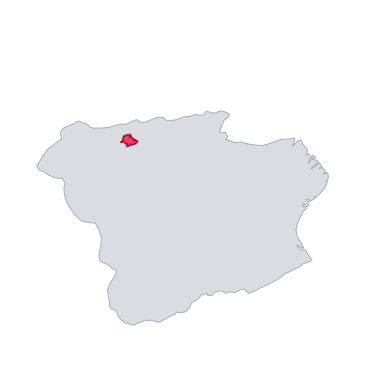 Gombi, Adamawa, Nigeria shown in context, rotated 241°
{"feature_id": "59680162B13073760931893", "entity_name": "Gombi", "entity_type": "district", "adm_level": 2, "iso_a3": "NGA", "parent_name": "Nigeria", "parent_adm1": "Adamawa", "projection": "equal_earth", "projection_center": [12.487, 10.209], "detail": "fine", "context": "in_parent", "style": "filled", "palette": "rose", "viewbox_px": 384, "rotation_deg": 241, "n_neighbors": 0, "source": "geoboundaries", "source_scale": "gbopen_adm2", "svg_char_len": 5422}
<svg xmlns="http://www.w3.org/2000/svg" viewBox="0 0 384 384"><g transform="rotate(241 192 192)"><path d="M290.0,68.7L299.0,85.3L300.9,97.6L301.7,103.7L303.2,104.4L306.0,104.7L308.0,105.9L309.2,108.0L310.0,109.8L310.1,111.0L309.6,118.4L308.9,121.0L309.3,124.7L309.2,126.2L308.9,127.3L307.6,128.5L305.9,129.7L301.8,133.2L300.7,133.8L299.0,133.9L297.5,134.7L295.7,136.6L291.9,143.7L288.7,150.9L286.3,162.4L283.5,166.0L283.0,169.2L282.5,176.4L282.1,178.5L281.6,179.2L278.5,180.6L276.8,182.2L275.7,185.5L274.3,196.6L273.8,198.4L272.8,200.3L271.3,202.4L269.9,203.6L266.4,204.3L263.0,212.7L262.9,214.1L261.5,221.7L258.9,227.5L258.7,231.2L255.4,236.2L253.7,239.6L255.5,243.2L255.6,243.8L250.0,249.9L249.7,250.8L249.5,255.0L249.0,256.1L248.0,257.6L246.5,259.3L244.9,260.7L243.2,261.6L241.5,261.9L240.6,261.4L240.1,260.1L239.2,255.0L238.7,253.9L237.6,252.9L233.3,247.2L230.7,245.2L230.2,245.4L229.7,245.9L229.0,248.8L228.3,249.8L226.9,250.2L224.5,250.2L222.8,249.8L222.4,249.2L221.5,247.0L216.2,252.1L214.3,253.3L211.9,259.4L208.6,262.4L206.2,265.1L200.0,273.4L198.7,275.8L197.5,279.5L194.8,295.1L190.5,304.8L189.9,306.9L189.7,306.8L189.1,307.7L187.4,307.1L186.7,305.3L185.7,305.0L183.9,302.4L183.5,302.8L185.4,309.6L184.7,312.2L179.4,312.3L174.9,313.1L171.8,313.1L170.2,312.1L169.5,309.6L169.3,309.8L169.1,311.2L168.1,312.3L164.6,312.5L163.1,310.7L161.9,308.8L160.5,308.0L160.7,308.8L162.3,310.6L162.1,313.4L159.2,316.5L157.5,316.7L156.4,315.3L155.8,313.1L155.5,309.8L154.8,307.7L154.4,307.7L154.9,311.3L154.9,314.6L156.2,317.1L154.1,317.9L151.7,318.0L151.4,317.1L151.1,314.9L150.6,314.4L150.1,318.0L145.1,319.0L144.3,318.8L144.2,318.2L144.6,317.2L144.5,315.6L143.4,316.8L143.2,319.3L142.5,319.7L140.6,319.3L138.5,318.1L135.1,314.9L130.9,309.8L130.3,307.5L129.1,304.7L126.9,296.9L127.3,296.5L128.3,297.0L128.8,296.2L127.0,295.7L126.7,295.1L126.6,293.4L126.6,291.3L129.3,290.2L129.9,289.0L130.3,287.7L127.0,289.6L124.0,287.4L123.3,286.1L123.6,285.1L127.2,285.0L128.4,284.0L127.7,283.6L126.3,283.7L125.8,283.0L125.9,281.4L125.4,281.8L124.9,283.2L122.8,284.2L121.6,283.2L121.5,280.9L121.2,279.8L120.2,279.0L116.7,272.9L112.2,267.8L108.2,264.3L102.1,262.6L89.4,262.7L88.7,262.2L89.5,261.4L90.6,260.9L94.7,258.0L94.0,257.6L89.8,259.4L88.3,259.6L86.4,263.0L74.0,263.7L74.0,262.2L74.6,257.7L75.4,254.6L74.6,250.8L74.4,247.4L74.9,246.4L75.1,245.1L75.0,236.3L75.7,235.1L75.7,234.2L74.5,230.4L74.5,227.6L74.3,224.8L73.9,223.6L74.5,212.9L74.3,210.3L74.7,208.4L75.0,203.8L75.0,199.3L75.9,192.3L81.2,191.3L82.6,188.5L83.3,185.0L83.1,181.5L84.9,178.5L87.0,175.8L87.0,172.8L87.6,171.9L88.6,171.2L90.0,170.9L91.6,169.4L92.5,166.8L93.4,162.7L92.1,159.8L92.1,159.2L92.6,157.6L93.5,156.1L94.1,155.6L95.7,156.0L96.2,155.3L97.2,150.8L97.2,149.6L95.8,146.5L95.0,138.3L94.6,137.2L93.5,135.7L90.6,129.9L90.7,127.1L92.0,123.6L92.8,121.9L94.0,120.9L94.2,120.1L93.9,119.2L93.3,118.4L93.2,116.8L93.8,114.6L93.7,112.2L94.1,99.8L96.5,97.4L100.1,93.3L101.9,89.1L102.9,85.9L104.2,75.3L106.1,74.1L109.7,70.3L114.5,68.0L117.6,67.3L123.0,67.7L125.8,67.4L128.2,65.3L129.3,64.7L130.8,64.3L144.3,69.8L145.5,69.6L146.6,70.0L148.2,71.4L152.2,76.6L156.3,84.5L157.6,86.2L158.9,87.2L160.3,87.5L161.3,87.4L162.3,86.6L163.6,85.1L165.6,84.4L167.2,84.5L175.7,78.4L176.5,78.4L181.7,79.7L188.8,85.8L194.6,89.8L198.6,91.1L203.4,92.1L211.6,92.4L217.7,83.8L220.0,81.9L222.8,80.2L228.5,78.6L238.0,77.5L246.9,78.0L252.4,79.5L258.2,82.3L260.8,85.0L264.7,85.4L267.5,84.9L268.5,82.2L271.3,78.7L275.6,75.5L279.0,73.2L281.9,72.2L284.4,69.6L286.5,68.8L290.0,68.7ZM165.0,315.9L163.0,316.7L161.8,316.5L163.5,313.0L164.4,313.8L165.5,314.1L165.0,315.9Z" fill="#d9dde1" stroke="#a8b0b8" stroke-width="1"/><path d="M263.5,157.4L263.4,157.7L263.2,158.4L263.1,158.7L262.9,159.0L262.6,159.3L262.6,159.5L263.3,160.1L263.6,160.4L263.9,160.9L263.7,161.1L263.6,161.3L263.0,161.3L262.5,161.8L262.6,162.5L262.2,162.7L262.0,163.0L261.9,163.3L261.8,163.5L262.4,164.5L261.6,165.3L261.6,166.4L261.9,166.9L262.0,167.4L262.1,167.8L262.4,168.3L262.7,168.4L262.8,168.6L262.8,168.9L263.3,168.6L263.7,168.4L263.9,168.4L264.0,167.7L264.2,167.2L264.5,166.8L264.8,167.8L265.1,167.9L265.4,166.4L266.2,166.6L266.4,166.3L266.5,166.6L267.3,166.4L267.6,166.3L267.6,166.1L267.7,165.9L267.9,166.0L268.1,166.0L268.3,165.9L268.7,165.8L268.8,165.8L269.0,165.9L269.4,165.8L269.6,165.7L269.6,165.1L269.6,164.4L270.0,163.9L270.1,164.6L270.6,165.7L270.9,166.0L271.1,166.0L271.5,165.8L271.7,165.7L271.8,165.7L272.1,165.5L272.3,165.6L272.5,165.6L272.5,164.8L272.6,164.1L273.0,164.0L273.2,163.8L273.4,163.2L273.5,162.9L273.6,162.4L273.7,161.3L273.6,161.0L273.4,160.6L273.3,160.4L273.8,160.2L274.0,160.1L273.9,159.0L273.5,158.8L273.2,158.5L272.9,158.1L272.8,157.9L272.4,157.9L271.8,157.8L271.6,157.4L271.4,157.2L271.3,156.8L270.8,156.3L270.7,156.1L270.5,155.9L270.4,155.7L270.3,155.4L270.2,155.2L270.3,155.1L270.5,155.0L270.4,155.0L270.4,154.9L270.2,154.7L270.3,154.4L270.3,154.2L270.2,154.0L270.1,153.9L269.9,153.9L269.7,154.0L269.7,154.3L269.6,154.5L269.6,154.8L269.4,155.0L269.5,155.2L269.5,155.3L269.4,155.4L269.4,155.5L269.4,155.8L269.5,156.1L269.4,156.2L269.4,156.3L269.2,156.4L269.0,156.5L268.3,156.9L267.5,157.0L267.1,157.1L266.7,157.1L266.3,157.4L265.9,157.6L266.0,157.8L266.1,158.1L266.1,158.4L266.0,158.5L265.9,158.5L265.7,158.5L265.2,158.4L264.9,158.4L264.8,158.5L264.7,158.5L264.4,158.0L264.3,157.9L264.1,158.2L263.9,158.2L263.6,157.7L263.5,157.4L263.5,157.4Z" fill="#f43f5e" stroke="#9f1239" stroke-width="1.5"/></g></svg>